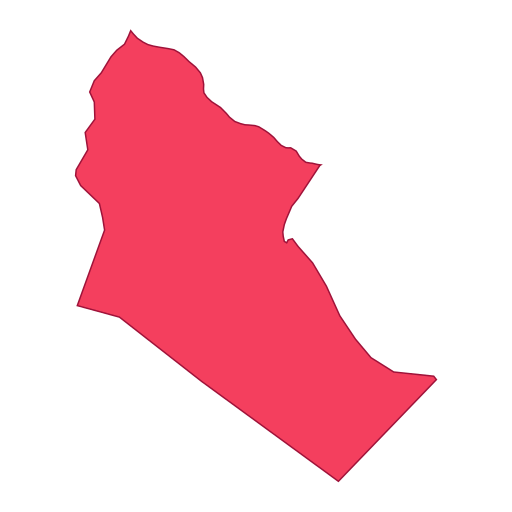 Green Gold/Babonneau, Castries, Saint Lucia (Albers equal-area conic projection)
{"feature_id": "8701671B51268298139498", "entity_name": "Green Gold/Babonneau", "entity_type": "district", "adm_level": 2, "iso_a3": "LCA", "parent_name": "Saint Lucia", "parent_adm1": "Castries", "projection": "albers", "projection_center": [-60.953, 13.996], "detail": "fine", "context": "isolated", "style": "filled", "palette": "rose", "viewbox_px": 512, "rotation_deg": 0, "n_neighbors": 0, "source": "geoboundaries", "source_scale": "gbopen_adm2", "svg_char_len": 1174}
<svg xmlns="http://www.w3.org/2000/svg" viewBox="0 0 512 512"><path d="M77.3,305.6L119.4,317.1L201.9,381.6L338.4,481.3L436.4,379.6L433.7,376.2L393.7,372.0L371.0,357.7L355.4,339.1L339.8,315.8L326.4,286.2L312.6,262.9L298.1,246.5L292.4,238.8L288.2,239.9L286.7,242.8L284.3,241.4L283.2,236.2L282.8,231.9L284.3,224.6L286.4,218.7L289.2,212.2L291.7,206.3L298.1,198.3L319.8,165.5L320.7,164.9L318.8,164.7L317.2,164.4L314.6,163.8L312.1,163.2L310.5,163.1L305.8,162.3L301.7,159.1L299.2,156.1L296.2,151.1L290.7,147.8L288.1,147.9L285.8,147.7L281.2,145.4L277.3,141.6L273.7,137.4L268.6,133.1L265.6,131.0L258.8,126.8L254.9,125.6L248.7,125.0L245.0,124.8L240.4,123.6L234.8,121.5L229.4,117.1L226.4,113.5L220.6,107.6L211.6,101.7L207.0,97.4L203.9,92.8L203.5,89.1L203.7,84.4L202.5,77.6L200.4,72.9L195.6,67.1L189.0,61.6L183.8,56.5L179.3,52.8L174.0,49.8L168.1,48.6L159.8,47.3L153.3,46.1L147.9,44.6L143.0,42.1L137.4,38.3L133.3,33.9L130.7,30.7L128.4,36.3L124.5,44.2L116.8,50.2L111.0,56.8L101.3,72.8L94.3,80.7L89.7,92.0L94.3,102.0L94.9,119.2L85.2,132.5L87.8,149.8L76.2,169.7L75.6,175.7L80.7,185.6L99.4,203.5L102.6,217.5L104.6,230.1L77.3,305.6Z" fill="#f43f5e" stroke="#9f1239" stroke-width="1.5"/></svg>